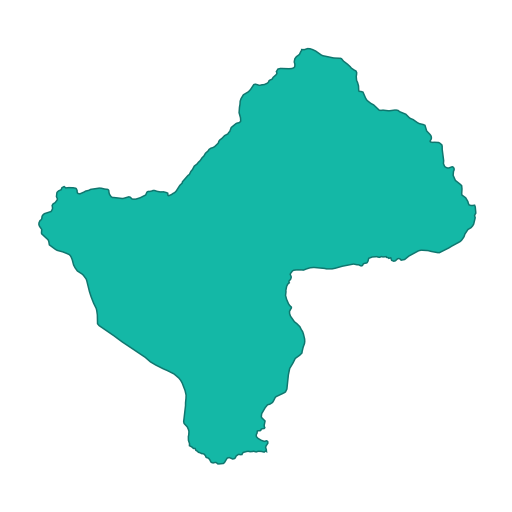 the district of Maliana, Bobonaro, East Timor, rotated 92°
{"feature_id": "22284137B67837040381832", "entity_name": "Maliana", "entity_type": "district", "adm_level": 2, "iso_a3": "TLS", "parent_name": "East Timor", "parent_adm1": "Bobonaro", "projection": "orthographic", "projection_center": [125.209, -8.986], "detail": "fine", "context": "isolated", "style": "filled", "palette": "teal", "viewbox_px": 512, "rotation_deg": 92, "n_neighbors": 0, "source": "geoboundaries", "source_scale": "gbopen_adm2", "svg_char_len": 6031}
<svg xmlns="http://www.w3.org/2000/svg" viewBox="0 0 512 512"><g transform="rotate(92 256 256)"><path d="M105.3,122.3L106.3,128.2L105.8,134.2L106.1,135.9L106.1,137.8L100.9,143.7L99.4,146.7L96.6,150.5L94.4,152.0L88.5,154.8L88.0,156.4L87.8,158.7L87.0,159.1L82.4,159.5L79.0,160.6L77.1,161.6L73.1,162.1L70.8,161.8L69.2,161.8L67.6,162.6L66.8,164.3L64.9,167.3L63.5,168.5L61.1,171.3L58.2,175.4L55.9,177.4L55.5,178.3L55.4,185.2L53.5,196.2L52.9,197.7L49.1,203.5L47.8,206.5L47.0,209.2L46.9,211.6L48.1,214.9L48.1,217.5L48.5,217.4L50.4,218.5L52.8,219.5L53.8,220.5L55.4,222.6L57.4,224.0L60.0,224.5L61.0,224.5L62.7,223.9L64.5,223.8L65.7,224.0L66.7,225.0L67.4,226.8L67.7,229.7L67.7,238.0L68.4,240.6L71.1,242.1L71.6,241.7L73.0,241.5L74.2,242.3L76.9,245.1L78.7,246.1L79.9,248.5L80.4,249.1L81.6,249.5L82.8,250.5L84.4,253.7L84.7,256.1L85.3,258.1L85.3,259.1L84.9,260.1L84.3,262.7L84.8,264.2L90.0,267.4L91.6,268.8L92.5,269.8L95.3,274.2L99.2,276.4L101.8,277.2L105.0,277.3L107.8,277.7L113.4,277.9L118.5,276.3L121.7,276.0L122.4,276.4L123.4,277.6L123.8,279.4L124.4,280.6L128.4,285.2L132.6,286.6L133.4,287.5L135.0,288.4L136.8,291.6L139.4,293.9L141.4,296.3L142.6,297.1L144.6,297.7L148.1,301.1L149.1,302.7L149.9,305.0L151.2,306.7L152.5,307.4L155.1,310.1L157.8,311.5L159.7,313.3L162.6,315.1L164.3,316.8L166.2,318.2L168.3,320.8L171.8,322.5L173.7,324.0L176.8,325.4L178.0,326.9L184.4,332.1L185.7,332.3L188.1,334.6L193.7,337.9L194.9,338.9L195.9,340.1L196.1,340.7L197.6,342.7L198.8,345.4L198.5,346.1L196.3,346.4L195.7,347.9L195.1,350.6L195.3,353.9L194.8,357.3L194.1,359.6L194.1,361.1L194.7,362.4L195.2,364.4L195.2,365.8L195.6,366.8L196.2,367.3L198.9,368.4L201.8,373.7L203.4,378.2L203.5,381.2L203.3,381.9L201.6,383.8L201.3,385.2L203.0,390.3L203.2,391.6L202.5,400.3L202.6,401.3L201.8,402.9L199.4,404.6L197.4,405.2L195.8,405.4L195.1,405.8L194.6,406.6L194.4,409.4L193.7,412.8L193.6,414.9L195.2,423.6L196.2,425.3L197.1,428.6L198.0,429.9L200.1,434.3L199.7,436.1L199.3,436.6L198.1,437.0L196.8,437.1L195.1,437.9L194.6,438.5L194.2,441.1L194.2,445.4L194.6,448.5L193.3,450.2L194.5,452.3L196.6,453.1L197.8,455.5L198.9,456.7L199.8,457.2L203.6,457.5L205.7,456.5L206.8,456.6L209.7,458.6L211.0,460.6L212.6,461.5L215.1,461.0L216.2,461.1L218.1,462.0L218.7,462.4L221.1,469.0L222.3,470.3L223.2,470.9L224.0,471.2L226.3,471.4L227.5,472.2L228.2,473.1L230.3,474.0L231.8,474.1L232.7,473.9L234.0,473.3L236.9,471.1L240.6,471.2L241.5,470.8L247.0,464.4L248.7,463.6L252.1,462.9L256.3,456.8L257.3,454.9L258.6,449.3L260.1,445.1L261.1,442.7L262.1,441.6L263.7,440.6L266.2,439.5L271.3,438.0L274.1,436.4L277.2,434.0L280.0,429.3L281.2,427.9L284.8,425.0L286.5,424.3L297.4,421.2L302.4,419.4L308.9,416.6L314.1,413.8L316.4,413.2L320.4,412.5L329.2,412.0L329.9,411.4L331.1,410.3L340.3,395.8L346.6,386.6L361.1,363.2L365.5,357.8L368.6,352.1L372.0,344.7L373.5,340.8L376.8,333.7L380.7,328.8L382.8,327.0L385.6,325.3L392.9,322.2L397.5,321.0L400.8,321.0L405.1,321.3L408.0,321.2L424.0,322.5L425.9,322.0L429.2,318.7L431.7,317.5L433.6,316.9L434.7,316.9L437.3,317.0L438.7,317.3L442.5,317.1L445.8,315.9L447.9,315.9L449.0,313.6L450.5,311.8L450.5,310.1L452.3,309.3L453.2,307.7L454.2,306.7L454.6,305.0L455.4,303.4L455.4,302.3L455.8,301.0L457.4,299.5L458.6,299.1L459.1,298.5L459.5,297.0L460.2,296.0L461.2,295.1L463.4,293.9L463.9,293.2L464.3,291.6L463.7,289.5L463.9,288.4L465.1,286.9L465.1,285.8L464.5,281.4L463.5,280.3L459.4,278.0L458.8,277.4L458.4,275.5L459.7,272.2L459.2,270.4L458.4,269.6L456.8,269.0L455.5,267.5L454.9,266.6L454.9,265.7L455.1,264.7L454.9,263.1L453.8,262.7L452.7,261.8L451.6,258.1L451.5,256.4L451.8,255.1L451.5,252.6L451.2,251.7L451.8,249.0L451.1,247.0L451.1,243.9L451.7,241.0L450.5,239.5L451.0,238.7L448.9,239.0L447.2,239.7L445.6,239.4L442.6,237.6L441.1,237.8L440.5,238.5L440.3,239.2L440.9,240.7L440.9,241.5L440.0,244.4L438.1,247.8L436.5,249.3L435.5,249.5L434.2,249.4L433.1,248.8L431.0,248.6L430.6,247.9L430.4,245.6L430.0,245.1L429.2,245.0L428.5,244.0L428.1,241.8L427.3,241.2L426.0,241.8L424.8,241.9L420.6,241.2L417.4,244.6L416.5,245.1L413.3,244.8L407.2,241.5L404.3,239.3L403.6,237.0L401.8,234.4L400.3,233.5L396.8,231.9L395.9,231.1L391.6,222.9L390.8,221.8L387.9,220.5L373.6,219.5L367.2,218.4L361.6,215.3L357.0,213.2L353.5,208.7L351.3,206.7L349.9,206.6L345.5,205.7L341.8,204.5L339.8,204.3L337.3,204.5L332.2,205.9L329.9,206.8L327.9,208.2L325.1,209.7L322.2,212.8L320.4,215.3L315.0,219.4L312.5,220.4L310.1,220.6L306.6,218.8L305.8,218.9L304.3,220.6L302.7,221.8L298.3,223.9L294.4,225.1L290.7,224.8L289.6,225.0L285.2,224.3L283.0,223.3L281.6,221.8L281.0,222.2L280.0,222.2L278.0,220.6L276.3,220.1L275.6,220.1L273.0,221.2L272.1,220.8L269.6,219.0L268.9,217.8L268.5,215.2L268.3,210.4L268.4,208.0L267.2,205.3L265.9,201.6L265.4,197.8L266.0,187.2L266.4,185.0L266.2,179.5L265.4,176.2L263.2,169.4L260.6,158.2L261.2,154.9L261.2,153.1L262.1,151.1L262.2,150.4L261.8,149.3L260.0,148.4L259.5,147.0L259.1,145.2L258.7,144.7L257.2,143.9L254.4,143.3L252.9,139.7L252.4,135.0L252.8,134.2L253.0,132.4L252.2,130.8L252.5,129.0L252.1,125.8L252.8,125.5L253.1,123.6L253.7,123.2L253.1,121.3L255.6,120.3L256.4,118.1L255.9,116.5L253.8,114.4L253.5,113.0L254.1,111.7L255.1,110.8L254.3,107.3L250.7,103.2L245.1,93.7L244.4,91.1L244.6,84.1L245.3,81.2L246.3,74.6L246.3,72.9L241.1,63.4L239.4,60.9L234.5,52.6L233.2,51.2L230.8,49.6L229.5,48.8L226.8,48.0L222.1,45.1L220.2,42.1L218.4,40.6L216.6,39.6L210.8,38.4L210.0,38.3L208.1,39.0L206.6,38.5L205.8,37.9L204.7,37.9L199.3,38.6L197.6,39.3L198.0,41.5L198.0,43.0L197.6,44.7L196.1,45.6L194.1,46.2L190.5,48.5L187.9,52.3L186.6,52.6L181.8,52.5L178.6,52.9L177.5,54.0L173.5,59.4L168.5,61.8L164.6,61.6L163.3,61.1L162.2,61.0L161.2,61.3L160.0,62.5L160.1,63.4L161.3,66.4L161.4,67.5L160.9,69.1L160.2,70.3L159.5,70.8L157.2,71.9L154.1,71.8L143.2,73.6L139.7,73.8L138.4,74.2L136.7,76.4L136.2,77.5L136.1,81.8L136.3,83.4L136.0,85.5L135.5,86.0L134.5,85.8L133.3,85.1L132.0,84.8L130.7,85.0L129.5,85.5L128.3,86.5L125.1,89.8L119.5,91.7L118.8,93.4L118.0,97.4L117.0,99.5L114.2,103.7L113.2,106.4L112.3,107.8L109.1,111.2L106.8,117.4L105.6,119.1L105.3,120.7L105.3,122.3Z" fill="#14b8a6" stroke="#0f766e" stroke-width="1.5"/></g></svg>